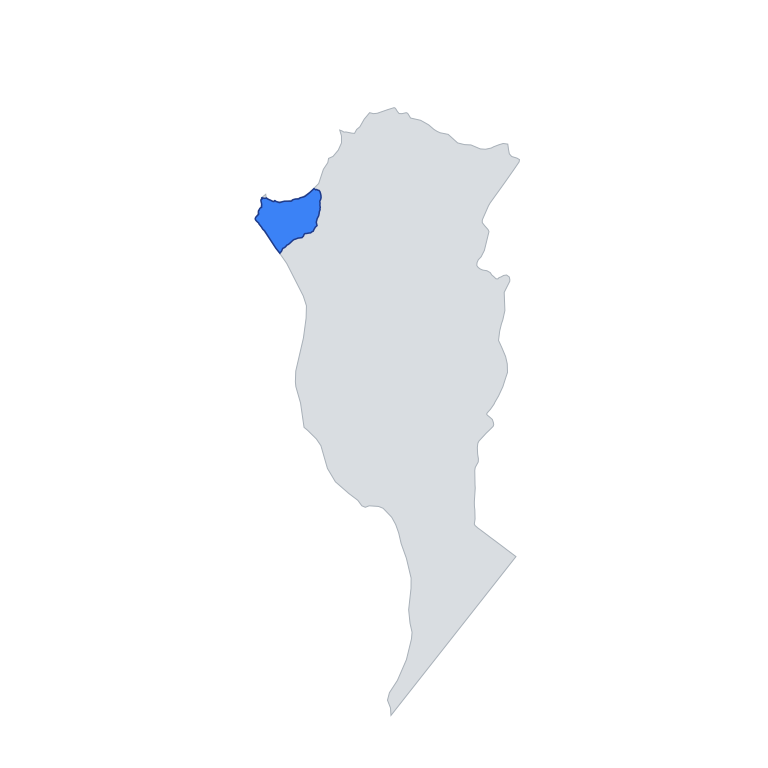 location of Tanger - Tétouan within Morocco, rotated 305°
{"feature_id": "MAR-1445", "entity_name": "Tanger - Tétouan", "entity_type": "Region", "adm_level": 1, "iso_a3": "MAR", "parent_name": "Morocco", "parent_adm1": "", "projection": "albers", "projection_center": [-5.386, 35.321], "detail": "fine", "context": "in_parent", "style": "filled", "palette": "blue", "viewbox_px": 768, "rotation_deg": 305, "n_neighbors": 0, "source": "natural_earth", "source_scale": "10m", "svg_char_len": 4061}
<svg xmlns="http://www.w3.org/2000/svg" viewBox="0 0 768 768"><g transform="rotate(305 384 384)"><path d="M122.4,575.1L127.0,568.2L134.3,565.5L148.9,565.0L171.0,560.5L191.0,552.7L196.7,549.4L203.0,542.5L213.2,533.7L232.0,523.4L240.6,517.5L254.1,502.3L263.1,489.6L270.4,481.5L275.6,474.2L279.3,466.7L281.7,454.6L280.6,449.8L275.7,441.7L272.3,439.4L271.5,435.7L273.7,429.3L274.1,418.1L276.0,400.3L282.4,386.1L297.3,367.7L300.2,360.1L302.3,347.7L302.6,343.4L320.6,326.5L331.3,313.3L334.9,310.2L344.0,304.3L375.5,291.6L393.3,282.4L403.6,275.6L409.8,267.4L427.0,235.1L443.7,189.4L445.0,184.2L452.3,182.7L457.4,182.0L461.5,180.4L466.7,176.9L471.6,178.3L469.1,180.6L469.1,186.3L472.6,192.9L478.7,200.3L489.8,209.7L498.4,213.4L510.8,215.5L525.1,211.2L533.1,211.0L537.0,209.2L541.2,211.7L549.4,212.4L557.1,210.9L562.9,206.8L566.6,202.1L567.2,204.4L567.4,206.8L568.6,208.2L571.1,213.9L572.4,216.1L576.8,215.6L580.8,216.7L589.6,215.9L598.0,216.6L599.4,220.3L601.9,223.2L610.9,229.7L616.2,233.8L616.4,235.2L614.9,238.7L614.2,241.2L615.7,243.6L619.0,246.6L619.3,248.1L618.6,249.8L617.1,253.2L621.0,262.7L621.9,272.1L621.2,278.8L621.4,282.6L622.0,285.9L625.3,293.4L623.7,306.0L626.3,312.7L629.7,318.1L631.8,328.0L634.5,332.5L638.8,336.5L641.3,337.8L646.0,341.0L649.4,343.7L651.5,347.8L647.5,351.5L644.4,354.7L643.6,358.1L645.3,363.4L645.5,366.3L643.4,367.3L634.7,367.4L627.9,367.4L620.1,367.4L609.2,367.3L602.4,367.2L593.0,367.1L589.8,367.4L581.3,369.1L575.3,370.3L574.3,370.7L572.5,372.0L571.3,376.0L570.2,380.6L569.0,382.6L551.0,389.6L543.9,390.6L539.8,390.0L536.8,390.6L534.3,392.0L533.5,394.2L533.4,396.9L534.0,399.6L535.8,403.3L536.2,407.1L535.1,409.8L534.9,412.5L534.4,415.4L535.4,417.0L537.1,417.2L538.9,418.5L541.5,419.7L543.6,421.9L543.5,425.2L541.8,427.1L540.3,428.1L533.5,429.1L528.0,429.9L521.0,435.2L513.5,440.9L504.5,444.6L500.6,445.7L493.7,448.4L485.4,452.8L481.3,459.8L476.2,467.9L471.2,473.4L464.4,478.5L458.0,480.4L450.0,482.9L439.9,484.7L432.7,485.3L430.6,485.7L424.3,485.7L421.2,485.3L419.0,485.1L418.0,485.6L417.7,486.9L417.5,489.8L417.1,493.1L415.0,495.9L413.6,497.2L411.9,497.7L406.7,496.8L402.2,495.9L391.7,494.5L389.6,494.8L388.8,495.1L385.5,496.9L380.3,500.9L376.8,504.3L374.2,505.9L368.0,506.6L365.3,507.9L353.6,516.4L351.1,518.4L339.1,525.7L335.7,528.2L333.0,530.6L325.7,536.0L321.1,538.3L320.3,539.8L319.9,543.2L319.7,550.8L319.4,558.1L319.1,568.7L318.7,579.4L318.3,591.1L116.5,579.8L122.4,575.1Z" fill="#d9dde1" stroke="#a8b0b8" stroke-width="1"/><path d="M466.6,177.2L467.0,178.3L467.4,179.4L468.1,180.3L469.0,181.1L468.8,181.8L468.9,183.1L469.5,185.7L469.7,187.9L469.9,188.5L470.1,188.9L470.5,189.3L471.4,189.2L471.6,189.3L471.7,189.6L471.6,190.4L471.6,190.7L472.3,193.4L472.7,194.4L473.6,195.2L475.3,196.4L476.8,197.8L480.3,202.8L480.9,203.3L481.9,203.5L482.7,203.7L483.5,204.3L484.9,205.6L486.1,207.2L486.8,208.0L488.6,208.6L490.9,210.7L492.5,211.7L498.4,213.4L503.9,214.6L503.9,214.9L503.9,216.7L504.7,217.3L504.8,218.6L505.3,219.8L504.8,221.2L503.6,222.8L502.2,224.3L500.5,225.6L499.0,226.2L497.8,226.4L497.0,226.5L496.2,227.1L495.6,227.8L493.7,228.9L492.0,230.6L491.1,230.8L490.1,231.7L488.0,232.2L486.4,233.1L484.3,234.0L481.2,234.4L477.7,235.7L475.3,238.3L473.2,237.8L470.4,238.0L468.6,238.4L467.4,237.7L465.7,237.2L464.5,235.8L462.8,234.2L461.9,233.0L460.8,232.7L458.9,233.2L458.0,233.0L456.9,232.9L454.2,229.9L451.8,228.3L450.7,227.4L449.2,226.9L445.2,226.1L443.5,225.6L441.9,224.7L440.4,224.7L439.1,224.4L438.2,224.0L437.0,223.3L436.2,223.4L434.0,223.9L431.6,223.7L431.4,223.7L433.2,217.5L440.9,198.5L441.1,197.6L441.2,196.3L441.4,195.6L442.3,193.6L443.1,190.9L443.2,190.5L443.3,190.0L443.9,189.2L444.0,188.7L444.3,186.3L444.6,185.2L444.9,184.4L445.7,183.6L447.1,183.3L450.9,183.9L451.4,183.8L452.5,182.7L453.0,182.3L453.8,181.9L454.5,181.7L455.0,182.0L455.8,181.7L456.7,181.6L457.7,181.9L458.4,182.4L460.8,180.9L461.5,180.3L463.0,178.6L463.7,177.9L464.6,177.5L464.9,177.5L465.1,177.7L465.6,178.0L466.0,178.0L466.1,177.6L466.2,177.2L466.3,177.1L466.6,177.2L466.6,177.2Z" fill="#3b82f6" stroke="#1e3a8a" stroke-width="1.5"/></g></svg>